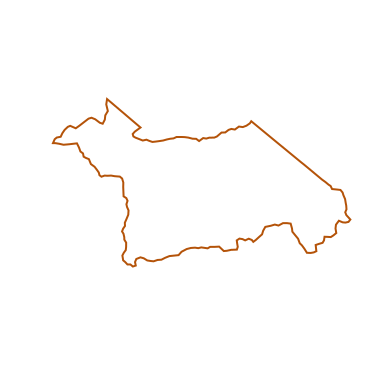 Nova Campina, São Paulo, Brazil (Albers equal-area conic projection), rotated 40°
{"feature_id": "56859067B71004196372555", "entity_name": "Nova Campina", "entity_type": "district", "adm_level": 2, "iso_a3": "BRA", "parent_name": "Brazil", "parent_adm1": "São Paulo", "projection": "albers", "projection_center": [-48.98, -24.205], "detail": "fine", "context": "isolated", "style": "outline", "palette": "amber", "viewbox_px": 384, "rotation_deg": 40, "n_neighbors": 0, "source": "geoboundaries", "source_scale": "gbopen_adm2", "svg_char_len": 2599}
<svg xmlns="http://www.w3.org/2000/svg" viewBox="0 0 384 384"><g transform="rotate(40 192 192)"><path d="M96.6,235.6L101.1,235.3L105.1,236.2L108.1,237.0L110.3,238.6L112.8,238.5L114.5,235.6L116.7,234.0L119.5,231.4L122.6,229.6L126.8,226.6L129.8,226.6L133.3,228.9L136.1,232.4L139.1,235.7L142.4,239.3L145.6,238.9L148.3,240.2L149.6,243.5L151.8,245.2L155.2,246.9L157.8,250.4L159.4,255.5L160.3,258.7L162.5,261.1L162.8,264.4L163.8,267.2L166.3,268.0L169.1,270.1L170.8,272.0L174.1,273.1L176.9,276.5L178.6,279.1L178.8,282.3L179.5,285.4L183.2,288.6L185.9,288.6L189.1,289.0L191.4,287.1L194.6,287.1L196.2,284.5L193.4,282.3L192.4,279.1L194.5,275.2L197.6,273.8L201.7,273.2L204.4,271.6L207.1,269.8L209.3,266.2L212.1,263.5L213.7,259.7L215.9,255.6L218.8,252.6L222.3,249.0L222.4,244.5L224.6,239.1L227.1,235.6L230.1,232.7L232.9,231.0L234.7,228.5L237.9,226.5L240.2,225.1L241.2,222.3L244.8,219.3L247.9,216.4L251.4,216.6L254.3,216.8L256.5,214.6L259.2,211.1L263.4,207.3L262.3,204.6L259.8,202.5L257.4,200.3L258.3,197.2L261.0,195.6L263.8,194.9L265.5,191.3L268.6,190.3L271.0,190.8L271.7,187.8L272.3,183.3L272.9,179.4L271.4,175.9L270.6,171.6L274.0,167.3L276.4,163.7L279.8,162.1L281.7,157.4L284.6,154.9L287.9,152.8L292.1,155.7L294.4,157.9L298.5,158.7L303.3,159.6L307.5,162.0L310.4,162.2L314.5,163.2L319.1,164.7L322.1,162.4L324.1,160.0L325.3,157.4L320.8,153.1L322.5,150.3L324.7,147.0L324.2,144.2L322.3,141.1L324.6,139.3L327.3,137.3L328.2,134.4L328.9,130.7L325.4,127.7L323.3,124.5L323.0,119.6L326.9,118.4L329.2,116.8L331.1,114.3L331.0,111.3L325.1,110.5L322.4,109.0L321.5,106.0L318.9,103.3L316.8,101.6L313.8,99.0L310.0,97.1L307.7,95.6L304.4,95.0L301.5,96.9L297.4,99.7L294.3,98.3L291.9,98.6L287.8,98.6L283.7,98.9L259.9,99.0L256.7,99.1L227.0,99.4L215.6,99.5L191.9,99.7L192.2,102.2L191.1,106.2L189.2,109.6L185.9,111.7L184.7,116.6L181.6,118.4L180.1,120.9L179.2,125.0L176.4,127.5L175.4,133.5L174.1,136.0L170.3,139.3L168.6,141.9L165.9,143.5L164.7,148.4L161.0,148.6L158.2,150.8L154.2,152.7L151.2,154.6L148.6,156.6L144.8,159.8L143.4,162.8L141.0,165.3L138.9,168.0L136.8,171.1L133.8,174.5L131.6,176.9L129.5,179.1L126.4,180.3L123.5,181.2L121.2,184.2L113.7,186.7L111.4,187.1L109.3,185.7L109.4,182.5L111.1,175.7L67.2,175.4L70.0,180.0L75.5,184.1L76.3,189.0L78.7,192.6L79.7,197.1L76.9,198.2L71.1,198.5L67.3,199.7L65.6,202.3L63.1,213.7L62.0,217.9L58.6,218.9L56.2,219.6L55.0,221.9L54.5,226.3L54.9,230.3L55.9,234.1L53.4,237.2L52.9,239.8L54.1,243.9L56.1,242.3L59.3,240.4L63.2,238.4L67.2,234.4L70.6,230.8L72.6,228.7L76.9,230.6L80.5,232.7L83.7,232.5L86.3,234.6L88.8,234.1L91.9,233.1L96.6,235.6Z" fill="none" stroke="#b45309" stroke-width="2"/></g></svg>